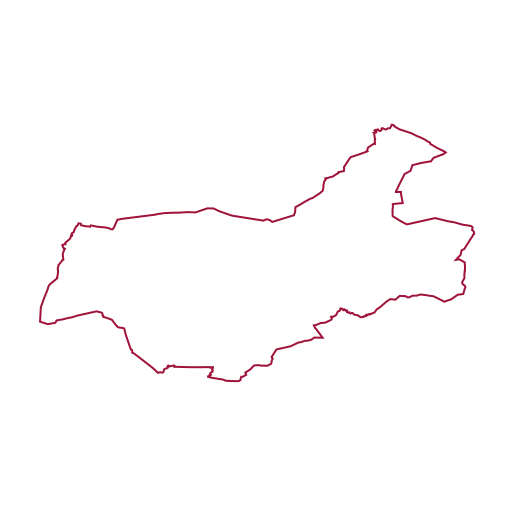 Vecpiebalgas pag., Vecpiebalgas, Latvia, rotated 177°
{"feature_id": "27541924B76706291100017", "entity_name": "Vecpiebalgas pag.", "entity_type": "district", "adm_level": 2, "iso_a3": "LVA", "parent_name": "Latvia", "parent_adm1": "Vecpiebalgas", "projection": "equal_earth", "projection_center": [25.763, 57.071], "detail": "fine", "context": "isolated", "style": "outline", "palette": "rose", "viewbox_px": 512, "rotation_deg": 177, "n_neighbors": 0, "source": "geoboundaries", "source_scale": "gbopen_adm2", "svg_char_len": 5945}
<svg xmlns="http://www.w3.org/2000/svg" viewBox="0 0 512 512"><g transform="rotate(177 256 256)"><path d="M431.4,297.9L431.4,297.7L433.0,295.4L433.9,295.1L435.9,291.8L436.4,290.5L436.7,289.4L437.3,289.0L438.1,288.8L438.9,288.0L439.1,287.5L438.6,287.0L438.5,286.4L438.7,285.8L439.8,285.7L440.3,283.8L441.5,282.4L445.7,279.3L445.6,277.8L448.3,277.4L448.9,277.0L448.5,276.4L448.4,275.9L448.4,275.1L448.1,274.8L448.1,274.5L447.7,274.2L447.6,273.6L446.5,273.2L447.8,271.0L448.9,267.9L448.6,262.2L449.7,262.0L450.7,260.6L453.7,257.3L453.7,256.5L454.4,255.1L454.7,252.5L454.5,252.1L454.5,250.5L455.0,247.6L455.8,245.0L455.5,244.6L456.5,243.5L458.6,242.1L463.9,238.0L464.8,236.5L466.3,232.4L469.1,226.7L472.8,217.9L473.6,215.7L475.1,201.7L467.4,198.8L467.1,198.9L460.3,199.7L459.9,199.9L459.3,200.7L458.5,202.1L451.2,203.0L448.2,203.7L442.6,204.5L437.7,205.8L418.1,209.1L415.8,208.3L414.8,208.1L413.3,207.5L412.5,206.9L412.3,206.2L412.2,204.9L412.3,204.5L411.6,204.2L411.5,203.9L411.7,203.3L411.6,203.1L409.0,202.3L403.3,199.9L400.8,196.3L400.3,195.4L398.8,193.5L397.5,192.1L396.1,191.7L393.4,191.2L391.4,190.5L390.2,184.3L385.9,169.2L384.9,168.7L384.7,168.5L384.5,166.8L384.7,165.9L383.5,165.5L378.6,161.4L366.0,150.5L361.7,146.4L361.5,145.8L359.9,144.4L359.1,144.8L357.2,144.9L356.6,144.5L355.2,144.5L354.4,145.2L354.0,146.3L353.7,147.5L352.6,148.2L350.8,148.6L349.8,149.2L350.2,149.9L350.0,150.6L349.4,151.2L349.2,151.2L347.7,150.3L343.5,151.0L342.6,150.0L342.9,149.6L327.3,148.4L316.4,147.8L312.4,147.7L307.8,147.4L307.7,147.1L305.7,147.2L306.0,146.8L304.9,146.8L305.2,145.7L305.7,145.2L305.7,144.4L305.6,144.1L305.2,143.9L305.2,143.7L305.6,143.3L305.6,142.7L306.6,142.4L307.8,141.4L307.9,141.2L307.8,140.9L308.0,140.7L307.9,140.1L308.0,140.0L307.6,139.7L308.5,139.4L308.3,139.0L309.0,138.6L310.1,138.4L310.2,137.9L308.8,137.5L306.6,136.7L295.7,134.4L292.8,133.1L290.9,132.8L281.8,132.0L279.6,132.0L278.0,133.0L277.6,134.7L277.0,136.2L275.8,136.0L272.0,137.9L272.8,140.2L269.5,141.9L267.1,143.5L263.7,146.8L259.0,146.9L257.0,146.3L250.4,145.8L246.5,147.6L245.6,151.1L244.7,152.5L245.7,154.3L240.5,161.6L237.7,162.1L226.3,164.0L219.1,167.0L217.6,167.5L216.0,167.5L211.8,168.7L209.9,168.7L205.6,169.3L202.0,171.5L193.8,170.9L199.9,180.2L200.6,180.7L201.1,181.9L201.8,183.7L199.7,183.9L194.6,185.8L192.9,185.6L190.7,185.9L189.0,186.3L187.8,186.9L184.7,188.1L183.9,188.7L183.4,190.1L183.5,190.4L184.9,191.7L183.5,191.3L182.0,191.4L180.7,191.9L179.1,192.9L178.6,193.6L178.3,194.4L177.3,196.1L176.6,196.5L175.5,196.8L174.8,197.6L174.5,198.7L174.6,199.1L174.4,199.2L173.7,199.2L173.3,199.0L173.2,198.8L172.8,198.8L172.8,198.5L172.1,198.0L172.2,197.9L172.1,197.7L171.9,197.7L171.8,198.0L171.1,198.1L171.2,197.8L171.0,197.4L170.7,197.6L169.6,197.3L169.7,197.1L169.9,197.0L168.1,197.0L168.0,196.8L168.1,196.6L168.0,196.4L168.2,196.2L168.5,196.1L168.4,196.0L168.0,196.0L168.0,195.8L167.8,195.9L167.6,195.6L167.8,195.6L167.5,195.5L167.4,195.4L167.5,195.2L167.1,195.1L167.3,195.0L167.2,194.8L166.9,194.9L166.0,194.5L166.0,194.4L165.6,194.2L165.1,193.9L164.6,193.6L163.2,194.2L162.5,194.0L161.4,192.7L160.7,192.3L158.6,191.6L157.9,191.5L157.6,191.6L156.8,191.1L156.3,190.6L155.6,190.1L155.1,189.5L153.9,189.3L153.1,189.6L152.3,189.5L151.7,189.6L151.5,190.0L151.2,189.9L150.3,190.1L149.8,190.6L149.5,190.5L149.6,190.8L149.2,191.0L149.3,191.3L149.0,191.6L148.4,191.6L148.0,191.5L147.7,191.3L147.5,191.5L146.5,191.8L146.4,192.0L145.4,192.2L145.3,191.9L145.1,192.1L144.1,192.1L142.4,192.9L140.7,193.3L138.3,196.3L135.1,198.2L128.0,203.7L124.7,205.6L124.0,205.9L119.1,205.1L114.6,208.6L108.9,208.1L106.8,206.8L105.3,206.7L101.6,208.2L97.2,208.0L94.7,208.8L93.5,208.9L90.4,208.4L80.6,206.4L70.7,200.8L70.5,200.5L63.2,202.6L56.7,206.7L51.0,207.2L49.4,212.1L49.2,212.4L48.5,214.1L48.9,215.1L49.3,215.6L50.7,216.7L51.3,217.5L51.5,218.3L51.4,219.3L49.0,223.0L48.9,226.7L48.4,230.1L48.2,230.0L47.9,232.5L47.9,238.7L52.9,241.9L53.8,242.0L56.5,241.7L51.6,246.5L50.7,249.9L50.4,250.8L49.4,251.4L47.8,251.9L41.0,261.5L38.5,264.8L38.2,265.9L37.1,266.5L36.9,266.8L37.3,268.9L38.4,270.6L38.8,270.7L38.2,273.3L39.6,274.7L48.4,276.6L56.3,279.3L63.1,280.8L75.1,284.5L103.5,279.7L105.2,280.5L110.4,283.7L114.7,286.8L116.6,287.9L117.5,288.9L117.2,295.5L116.9,296.3L116.7,298.7L116.7,300.7L106.7,301.2L107.9,309.8L107.9,312.4L113.0,312.6L113.0,312.9L108.1,321.8L103.3,330.1L97.2,333.0L95.1,338.5L86.5,340.2L76.8,341.4L76.4,341.3L74.2,344.0L73.1,344.9L63.6,347.9L61.1,349.5L62.6,350.6L69.3,354.3L76.1,358.8L76.3,360.1L78.8,361.6L81.6,363.6L85.2,365.6L90.0,367.9L94.5,370.5L106.3,375.1L111.0,378.2L111.0,378.8L111.4,379.3L113.3,380.0L113.7,380.0L113.7,379.5L113.9,379.0L115.6,376.6L117.9,376.5L119.5,375.5L120.4,375.7L122.8,377.0L123.3,377.1L123.7,376.9L124.0,376.6L124.0,376.2L123.9,375.5L124.3,375.0L124.7,374.7L125.7,374.3L126.3,374.5L127.3,375.5L127.5,376.0L130.4,375.5L131.1,375.2L130.9,374.6L129.6,374.5L129.3,374.2L129.3,373.5L129.6,373.0L131.8,372.7L131.6,372.5L131.1,366.4L130.9,366.3L131.2,365.4L131.4,364.1L131.3,361.8L132.1,362.1L138.4,358.5L139.6,355.4L139.8,355.2L139.3,354.8L140.0,354.5L140.0,354.4L148.7,351.8L154.4,350.3L155.9,349.9L156.7,349.3L160.4,344.5L162.4,341.6L163.5,340.3L163.4,337.9L163.7,337.2L163.8,336.2L169.3,335.4L169.7,334.9L169.5,334.5L172.5,332.9L175.4,331.2L176.7,331.1L180.6,330.1L182.7,330.0L182.7,329.6L182.2,329.0L184.0,326.8L184.5,325.1L185.1,322.4L185.0,322.0L185.2,320.5L186.0,317.6L189.2,315.2L196.8,310.8L198.4,310.5L204.1,307.8L209.1,305.1L214.1,302.7L214.6,298.0L216.0,294.7L238.0,289.2L240.4,291.1L242.7,292.0L245.3,291.7L246.6,290.9L277.6,297.5L282.0,299.2L290.7,302.8L295.8,305.7L302.2,306.1L312.0,303.3L313.6,302.7L322.2,303.4L329.1,303.3L338.0,303.6L345.3,303.6L352.0,303.1L354.0,302.6L388.2,300.1L390.5,299.7L392.7,299.4L393.1,298.3L396.4,291.8L398.0,290.1L399.8,290.4L400.9,291.3L405.0,292.4L412.8,293.5L419.4,295.2L420.1,294.0L424.8,294.7L429.0,295.8L429.2,297.4L431.4,297.9Z" fill="none" stroke="#9f1239" stroke-width="2"/></g></svg>